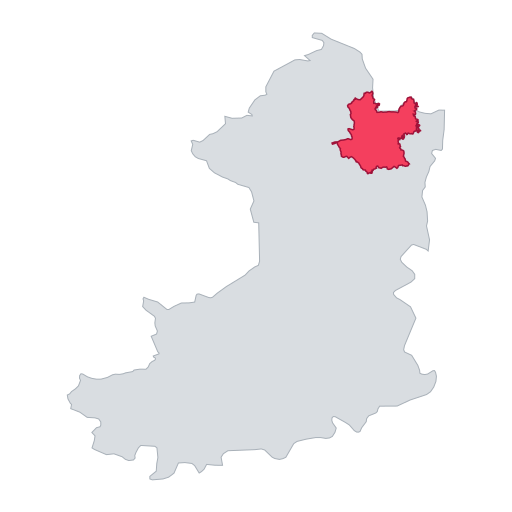 location of Gaoual, Gaoual, Guinea, rotated 89°
{"feature_id": "49546643B28661548838550", "entity_name": "Gaoual", "entity_type": "district", "adm_level": 2, "iso_a3": "GIN", "parent_name": "Guinea", "parent_adm1": "Gaoual", "projection": "natural_earth1", "projection_center": [-13.638, 11.692], "detail": "fine", "context": "in_parent", "style": "filled", "palette": "rose", "viewbox_px": 512, "rotation_deg": 89, "n_neighbors": 0, "source": "geoboundaries", "source_scale": "gbopen_adm2", "svg_char_len": 9556}
<svg xmlns="http://www.w3.org/2000/svg" viewBox="0 0 512 512"><g transform="rotate(89 256 256)"><path d="M321.2,358.3L316.5,357.6L314.5,358.6L308.3,366.9L304.6,370.2L298.9,369.1L296.9,369.7L295.3,368.8L297.4,364.2L300.3,355.1L307.9,346.0L308.0,344.1L304.9,338.8L301.7,331.5L301.7,323.7L301.0,318.1L294.3,316.5L293.1,315.6L292.9,313.7L296.7,304.0L297.0,302.0L296.5,300.2L292.4,295.3L286.0,286.1L274.9,267.2L270.8,263.2L266.9,257.4L265.4,253.8L261.3,252.5L222.9,252.7L222.2,257.6L209.0,260.9L200.9,257.1L191.8,259.3L187.4,261.9L184.0,272.9L182.1,275.2L180.2,280.2L178.4,282.9L176.4,288.3L172.1,296.1L167.6,301.1L159.9,303.8L157.5,312.0L155.7,315.0L152.8,317.4L149.6,318.9L143.3,317.3L139.8,318.8L139.2,316.8L141.2,310.3L139.6,306.9L133.6,300.2L133.0,297.0L131.1,292.8L123.2,284.2L115.8,284.7L117.9,277.5L117.8,267.9L115.2,262.6L115.9,257.3L114.5,257.6L112.0,261.3L108.0,260.1L99.9,254.4L95.9,248.9L95.4,244.1L94.5,242.3L92.0,243.3L87.0,243.2L71.5,234.8L60.6,213.7L60.3,208.9L61.9,200.7L61.5,198.5L56.5,204.0L55.5,200.3L51.7,191.8L50.6,187.0L46.9,184.8L43.9,184.4L41.6,186.0L38.6,195.9L36.4,195.9L34.0,193.8L34.5,186.4L40.5,177.1L50.4,153.8L54.0,148.4L56.2,146.5L60.9,146.3L70.1,143.2L81.3,135.9L89.9,136.5L100.1,135.6L113.3,130.6L113.4,114.9L113.0,111.4L108.3,108.3L105.6,105.6L103.2,102.1L100.3,99.6L100.4,97.0L106.3,93.7L111.7,93.7L113.5,92.4L114.8,90.2L116.3,84.5L116.9,78.6L113.3,70.6L113.5,64.9L132.9,65.7L143.6,67.3L152.3,67.7L153.7,69.0L152.5,74.5L153.6,77.8L156.6,78.6L161.5,74.8L164.0,75.7L169.5,80.4L174.5,81.7L180.1,84.3L185.3,85.8L189.9,85.6L193.4,88.3L199.9,89.1L208.2,85.7L214.8,84.2L224.0,83.8L228.9,85.0L242.9,82.2L254.0,83.8L252.3,85.6L247.2,98.2L247.8,100.4L259.1,111.0L261.8,111.8L264.8,110.4L269.7,105.4L273.5,100.1L277.1,97.6L281.4,97.7L284.8,101.5L292.9,117.2L294.9,119.2L296.8,119.1L300.3,116.2L302.1,112.8L309.5,102.4L320.9,97.2L348.2,109.1L352.3,110.0L354.6,109.1L358.0,102.1L368.2,96.1L373.2,94.4L376.0,94.2L377.0,92.3L377.5,89.4L377.0,86.4L373.8,81.1L373.7,79.5L375.5,78.5L379.4,77.7L384.5,78.3L390.2,80.6L394.8,83.9L397.5,87.9L402.7,104.5L408.5,117.5L408.3,135.0L410.9,136.7L413.7,137.5L415.0,138.9L417.8,146.1L420.5,148.2L423.6,148.7L429.5,153.3L433.3,155.1L433.9,156.5L433.8,158.4L432.3,160.8L426.6,165.6L423.8,169.8L418.0,179.7L417.9,181.5L419.1,182.8L421.5,183.1L424.1,182.4L429.4,178.8L433.6,180.1L437.7,182.8L439.2,185.7L439.6,189.4L438.7,194.3L438.6,199.7L440.0,209.0L442.1,218.2L444.2,221.5L457.8,229.7L459.1,232.7L459.8,236.1L458.8,240.8L457.4,243.4L450.1,250.7L449.0,254.1L449.6,260.5L450.2,287.5L453.1,292.1L456.6,294.4L464.7,293.1L464.5,300.6L463.5,309.0L468.2,311.6L470.6,314.2L472.0,316.6L464.5,321.0L462.3,323.7L461.3,330.7L461.6,337.2L471.7,341.8L475.6,347.2L477.3,352.9L478.0,363.5L477.1,366.0L474.5,366.0L469.4,359.5L461.6,358.8L455.8,357.6L446.1,358.4L444.5,360.4L443.4,374.5L445.7,376.9L450.4,379.5L453.4,380.7L455.9,380.4L457.8,382.1L458.3,386.8L457.0,390.2L454.4,393.3L451.3,401.5L452.0,409.0L446.6,420.9L445.0,423.3L437.8,420.9L433.0,420.1L429.6,423.2L424.9,418.5L424.0,414.9L422.3,414.1L419.2,414.1L416.2,416.1L415.0,419.9L414.4,427.6L409.1,434.8L405.4,443.9L401.1,443.0L400.2,444.1L395.6,446.5L391.7,447.1L390.6,444.7L388.3,442.8L385.7,438.9L382.8,435.8L377.3,433.6L375.1,434.6L372.5,434.4L370.7,433.1L371.0,431.3L373.9,426.6L375.5,422.2L376.4,417.5L376.4,413.0L374.8,406.6L372.3,401.6L371.7,398.7L372.0,394.5L371.4,390.6L370.6,388.6L369.4,381.3L367.9,379.9L367.1,374.0L367.3,368.0L365.1,365.7L361.7,364.1L359.7,361.7L358.5,359.1L357.3,358.3L356.2,358.5L355.3,360.1L354.2,360.5L352.2,354.8L351.4,354.6L350.0,355.9L334.4,362.2L332.3,356.8L329.3,355.9L324.2,358.0L321.2,358.3Z" fill="#d9dde1" stroke="#a8b0b8" stroke-width="1"/><path d="M106.0,160.9L107.3,161.8L108.2,161.6L108.9,161.3L109.5,160.6L110.2,160.1L112.1,159.4L113.0,158.7L113.3,158.8L115.1,158.5L115.6,158.7L116.1,159.2L119.1,158.8L119.7,158.5L121.4,157.2L122.7,155.5L123.9,155.3L125.6,155.4L126.5,155.7L127.0,155.6L128.5,156.0L129.1,155.7L130.7,155.7L131.1,156.0L131.5,157.1L130.3,160.7L130.5,161.7L131.5,161.8L132.4,161.4L133.7,160.2L135.1,159.5L136.4,158.5L137.8,158.4L138.5,157.9L140.3,157.8L140.8,158.0L141.3,159.1L140.3,161.9L140.4,162.6L141.0,163.7L141.5,166.1L141.8,169.4L143.3,172.1L143.4,175.2L144.4,178.0L145.5,177.6L145.1,176.0L144.3,173.9L144.1,172.9L144.5,172.7L145.5,172.6L146.1,172.4L146.8,171.9L149.2,170.6L149.6,170.1L150.2,169.7L150.6,169.9L151.3,170.0L153.2,169.3L153.5,169.1L155.0,169.3L156.0,168.9L156.3,169.1L156.7,168.8L157.2,168.8L157.6,168.9L158.3,168.1L158.8,167.1L158.8,166.3L158.0,164.4L157.9,163.5L160.0,161.6L158.9,160.3L158.3,158.9L159.4,157.2L160.6,156.0L161.5,155.2L163.4,154.2L163.1,154.0L163.3,153.8L164.1,152.6L165.1,151.4L166.2,151.0L167.3,150.2L168.2,149.8L169.5,149.5L170.1,148.9L170.5,148.0L171.5,147.6L171.9,146.5L171.9,145.3L172.2,145.0L173.0,144.8L173.6,144.0L174.8,142.9L175.1,142.5L175.5,143.0L175.7,142.7L175.4,142.1L175.0,141.4L174.7,140.6L174.9,140.5L175.3,139.7L175.3,139.0L174.9,138.5L174.1,139.3L173.8,138.6L173.4,138.7L173.3,138.3L172.9,138.4L172.7,138.0L172.3,138.2L172.3,137.4L171.5,137.2L171.2,136.6L171.1,135.7L170.4,134.6L170.3,134.1L169.6,134.4L168.8,134.1L168.2,133.4L168.2,132.7L169.1,132.2L170.0,131.5L170.1,130.4L170.5,129.3L169.5,127.8L169.3,126.5L169.5,125.2L169.2,123.8L170.3,123.3L171.1,123.3L171.6,122.3L171.7,121.7L171.2,119.3L168.8,116.4L169.8,114.8L170.8,113.6L170.1,112.8L169.4,112.4L168.5,112.2L168.0,111.9L167.9,110.9L167.8,110.2L167.5,108.1L168.3,107.8L168.2,106.7L168.9,105.2L168.8,104.2L168.4,103.5L168.6,102.8L168.3,102.6L168.2,102.3L167.7,102.0L166.8,101.7L166.6,101.1L166.3,101.3L165.9,101.9L165.0,102.3L164.7,102.8L164.2,103.3L164.0,104.0L163.7,104.8L161.5,105.2L161.1,105.7L160.2,106.0L159.5,106.4L158.9,106.9L158.2,106.7L157.5,106.6L156.1,106.2L155.6,106.3L155.4,106.2L153.7,106.4L153.1,107.0L152.7,108.0L152.5,108.3L152.5,109.2L152.2,109.3L151.7,109.4L151.0,109.6L150.9,110.1L150.6,110.4L149.9,110.5L149.1,109.6L147.8,110.1L146.9,110.1L146.4,110.4L146.3,111.1L146.5,111.4L146.3,111.9L145.9,111.7L145.1,111.6L144.6,111.7L144.0,111.9L143.3,111.9L143.0,111.7L142.0,111.7L141.4,112.0L140.8,112.2L140.4,111.6L140.5,111.0L140.9,110.9L142.0,111.0L142.2,110.7L142.2,110.2L141.7,110.0L140.7,109.9L140.9,108.8L141.1,108.1L141.5,107.6L141.8,107.0L141.5,106.5L140.7,106.1L140.4,105.8L139.4,105.5L139.2,105.8L139.1,106.3L139.2,107.2L139.7,106.9L140.6,107.0L140.5,107.7L139.9,108.3L138.8,108.1L138.4,107.9L137.8,107.0L137.4,106.3L137.6,105.7L136.5,106.0L136.3,105.4L135.9,104.9L135.7,104.3L136.6,103.6L137.2,103.2L137.0,102.5L136.1,102.4L135.8,101.3L136.3,100.4L136.5,100.0L136.5,99.3L136.3,98.1L136.7,97.8L136.7,97.0L135.7,96.4L134.5,95.9L134.0,95.4L133.9,94.2L133.5,93.8L132.3,93.4L132.7,92.9L133.3,92.7L134.4,92.6L134.9,92.5L135.1,92.3L135.5,91.6L135.3,91.2L134.7,90.9L134.1,92.0L133.5,92.0L133.3,91.7L133.8,90.8L134.0,90.1L133.6,89.3L133.2,89.5L132.6,90.8L132.0,91.0L131.3,90.9L130.7,91.3L130.7,91.6L130.9,92.9L130.7,93.3L129.9,92.5L129.5,91.9L128.9,90.4L128.5,90.1L128.1,90.1L127.8,90.4L127.4,91.3L127.4,91.9L127.9,92.3L128.8,92.8L129.0,93.1L129.0,93.5L128.7,93.8L128.2,93.5L127.7,93.1L127.4,93.0L127.0,93.1L126.4,92.6L125.8,91.8L125.4,91.4L124.9,91.3L124.7,91.4L124.4,91.7L124.5,93.1L124.1,93.4L123.8,93.1L123.3,91.9L122.9,91.5L122.5,91.8L122.1,92.5L121.9,93.3L121.7,93.9L121.1,94.2L120.4,94.3L120.1,94.2L119.4,94.4L119.1,95.0L118.8,95.7L118.2,96.0L117.5,96.2L116.9,96.3L117.0,95.8L117.5,95.2L117.6,94.5L117.1,94.1L116.5,93.9L115.7,94.1L114.6,94.1L114.1,94.8L114.1,94.7L113.5,94.8L113.3,94.6L112.6,93.2L111.9,92.7L111.5,92.7L111.4,92.8L111.0,93.7L110.8,94.3L110.7,94.5L109.4,94.5L109.3,94.4L108.9,94.0L108.9,93.8L108.9,93.5L109.5,93.1L109.6,92.8L109.6,91.8L109.5,91.3L109.3,91.2L109.0,91.7L108.8,92.3L107.9,94.0L107.7,94.0L107.6,93.8L107.4,93.1L107.5,92.5L107.4,92.2L107.1,92.1L106.0,92.3L105.5,92.6L105.4,92.8L106.0,93.4L106.1,93.7L106.1,94.3L105.8,95.2L102.4,95.6L102.0,95.7L101.9,96.4L101.8,97.0L101.5,97.4L101.2,97.9L99.8,98.1L99.8,99.4L100.0,99.7L100.3,100.4L100.3,100.9L100.5,101.4L101.2,102.1L101.5,102.1L103.3,102.5L104.2,102.8L104.5,103.2L104.4,104.0L104.5,104.2L104.9,104.7L105.3,105.1L106.5,105.6L107.3,105.8L108.1,106.2L108.3,106.4L108.5,106.8L108.8,108.6L109.3,108.8L109.6,109.2L111.5,110.3L114.5,111.0L114.9,111.3L115.1,111.7L115.0,112.0L114.8,112.2L114.5,114.1L114.3,116.0L114.3,118.1L114.2,118.9L114.0,119.6L114.0,120.3L114.0,121.2L114.4,123.0L114.4,125.4L114.5,125.9L114.5,126.8L114.3,127.2L114.1,127.6L114.0,128.9L114.3,129.6L114.4,130.0L114.5,132.4L114.3,132.7L113.4,132.8L112.8,133.0L112.1,133.6L112.0,133.9L111.7,134.2L111.0,134.3L110.7,133.8L110.6,133.7L110.5,134.0L110.3,134.1L109.9,133.7L109.3,133.6L109.3,132.6L109.7,132.4L109.7,132.2L109.5,131.9L109.2,132.1L109.1,132.4L108.9,132.6L108.0,132.8L107.6,131.9L107.3,131.8L107.3,131.4L107.4,131.2L107.9,131.1L107.8,130.7L107.4,130.2L106.8,130.0L106.0,129.9L105.6,130.5L105.5,131.1L105.7,131.6L106.0,131.7L106.3,131.1L106.5,131.5L106.4,132.0L105.9,132.9L105.9,133.5L105.7,134.0L105.0,135.4L105.1,135.6L103.4,135.6L102.9,135.4L102.0,134.8L101.7,134.7L101.2,135.2L100.8,135.9L100.6,136.2L100.4,136.2L97.4,137.1L97.0,137.0L96.1,136.5L95.1,136.3L94.6,136.7L93.7,136.8L93.3,137.3L94.5,138.7L95.0,139.8L94.3,141.0L94.1,142.3L94.4,142.8L94.5,143.3L95.3,143.7L95.1,144.9L95.9,145.2L97.5,145.3L98.6,145.9L101.6,149.1L101.4,151.1L100.5,153.2L100.2,153.4L99.8,154.0L100.2,154.2L100.7,153.9L101.0,154.0L101.1,155.0L101.5,155.4L102.0,155.3L102.6,155.7L102.6,156.0L103.6,156.9L104.0,157.7L104.9,157.8L105.0,158.2L105.5,158.7L105.6,159.7L106.0,160.9Z" fill="#f43f5e" stroke="#9f1239" stroke-width="1.5"/></g></svg>